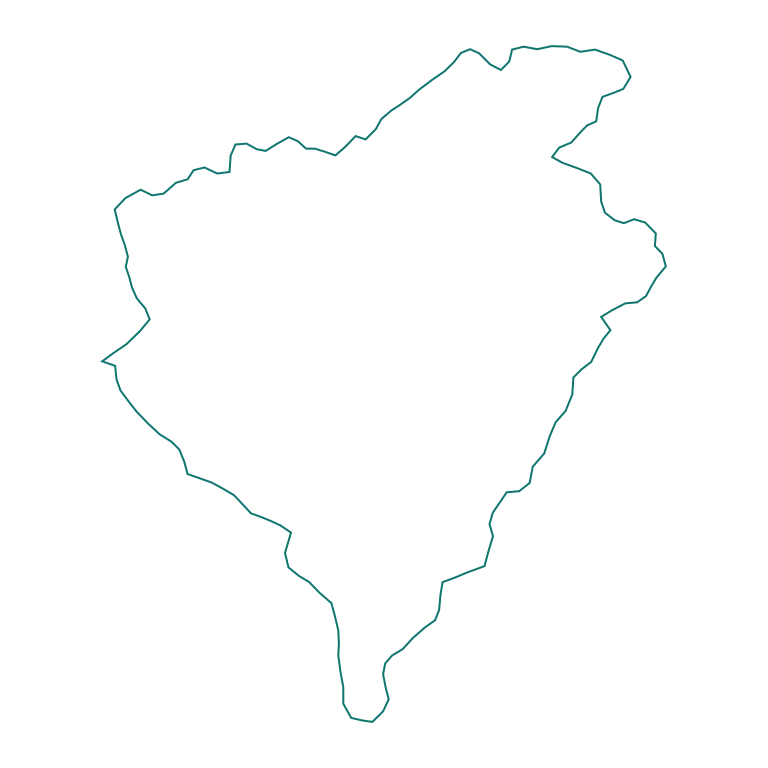 outline of Pequi, Minas Gerais, Brazil
{"feature_id": "56859067B22128930529497", "entity_name": "Pequi", "entity_type": "district", "adm_level": 2, "iso_a3": "BRA", "parent_name": "Brazil", "parent_adm1": "Minas Gerais", "projection": "robinson", "projection_center": [-44.633, -19.619], "detail": "fine", "context": "isolated", "style": "outline", "palette": "teal", "viewbox_px": 768, "rotation_deg": 0, "n_neighbors": 0, "source": "geoboundaries", "source_scale": "gbopen_adm2", "svg_char_len": 2142}
<svg xmlns="http://www.w3.org/2000/svg" viewBox="0 0 768 768"><path d="M630.6,76.9L622.7,60.5L609.5,54.7L595.0,49.6L580.4,51.8L567.1,46.7L551.7,46.1L537.3,49.2L523.6,46.7L512.1,49.6L509.2,61.6L500.9,70.0L490.3,64.5L479.0,53.2L470.1,49.2L460.9,53.0L453.8,62.3L444.5,71.3L432.2,79.8L419.3,89.5L409.9,97.9L401.0,104.2L391.2,110.6L381.4,119.0L375.8,129.2L365.6,139.4L355.6,136.1L345.2,146.9L335.4,155.4L324.4,151.6L315.2,148.7L306.1,148.7L297.9,141.2L288.8,137.2L276.5,144.1L265.7,150.9L256.7,149.2L246.5,143.6L235.5,144.5L230.7,155.4L229.5,172.0L217.2,173.5L204.5,167.5L193.6,170.2L187.6,179.3L175.9,182.8L163.5,193.7L152.2,195.3L140.6,189.7L125.4,198.1L114.7,209.4L118.1,223.6L121.0,234.5L124.9,245.4L127.9,256.7L125.8,266.9L129.3,277.3L132.0,287.5L136.8,298.3L145.3,308.5L149.7,319.4L139.9,331.1L126.4,344.2L112.8,353.5L102.2,361.3L115.1,365.9L116.6,379.7L120.5,390.5L127.6,400.1L136.4,411.4L147.8,423.3L159.5,434.2L171.5,441.7L179.3,449.5L184.2,461.5L187.6,474.1L199.2,478.1L211.5,482.5L222.3,488.3L234.0,495.2L243.0,504.7L250.9,513.3L261.3,517.1L271.1,521.1L280.2,525.3L291.0,532.6L285.0,553.0L288.5,567.4L298.8,575.8L309.2,582.1L319.6,592.9L331.4,603.1L334.8,615.7L338.3,630.4L338.9,643.5L338.3,655.6L340.4,671.4L343.3,687.3L343.3,703.7L351.2,717.9L362.0,720.4L372.4,721.9L383.1,711.3L388.7,699.3L385.6,687.3L383.1,674.3L385.2,663.4L392.2,655.4L402.6,649.2L413.0,637.9L424.9,627.5L435.1,620.2L439.1,610.0L440.5,594.7L442.6,582.1L453.7,578.1L467.6,572.3L484.5,566.1L488.6,550.8L493.0,536.2L489.5,524.2L492.8,512.7L499.4,503.1L506.7,492.3L519.2,491.2L529.6,483.0L532.8,466.6L544.2,453.5L549.8,436.0L555.7,422.2L565.6,410.9L572.3,394.5L573.4,377.5L581.3,369.5L591.2,361.9L598.1,347.8L603.5,338.7L610.4,330.2L601.2,316.9L611.9,310.3L625.2,303.4L637.2,302.3L646.0,296.1L651.0,286.8L656.4,277.7L665.8,266.4L662.4,253.8L654.9,246.0L655.8,233.4L645.1,222.5L634.1,219.2L623.9,223.2L614.8,220.3L605.0,212.8L601.2,201.7L600.2,184.4L590.8,173.5L577.9,168.4L562.7,162.9L552.1,157.1L559.2,147.6L571.3,142.5L579.4,133.4L587.1,125.4L596.2,121.4L598.1,108.1L602.5,96.8L612.5,93.3L623.3,88.9L630.6,76.9Z" fill="none" stroke="#0f766e" stroke-width="2"/></svg>